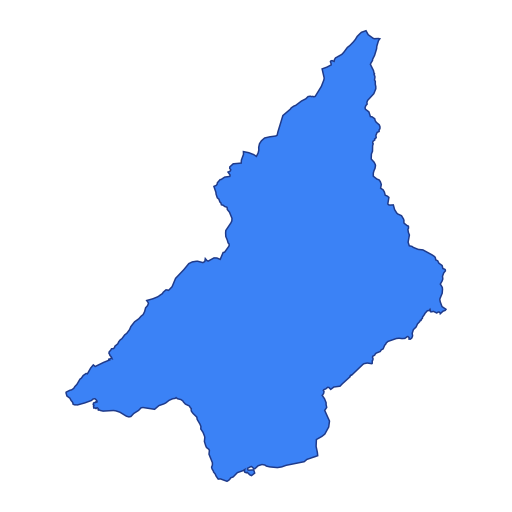 the district of Catina, Buzau, Romania
{"feature_id": "2599482B39348236200125", "entity_name": "Catina", "entity_type": "district", "adm_level": 2, "iso_a3": "ROU", "parent_name": "Romania", "parent_adm1": "Buzau", "projection": "albers", "projection_center": [26.245, 45.307], "detail": "fine", "context": "isolated", "style": "filled", "palette": "blue", "viewbox_px": 512, "rotation_deg": 0, "n_neighbors": 0, "source": "geoboundaries", "source_scale": "gbopen_adm2", "svg_char_len": 6028}
<svg xmlns="http://www.w3.org/2000/svg" viewBox="0 0 512 512"><path d="M446.0,309.3L442.0,306.6L440.3,302.0L439.8,299.7L439.9,298.8L442.2,293.2L442.5,289.4L442.3,287.4L440.3,284.1L442.1,281.0L442.8,279.0L442.5,276.2L443.8,272.8L445.4,270.9L445.3,269.8L444.7,269.2L442.9,268.6L442.1,265.5L438.8,263.1L437.7,260.8L435.8,259.9L435.3,257.7L434.7,256.7L432.1,254.9L422.9,249.9L418.2,249.4L413.3,247.4L411.9,246.4L409.3,245.8L408.1,242.2L409.4,235.0L408.4,232.5L407.9,229.4L408.5,228.2L408.5,226.6L408.0,225.8L407.2,225.7L404.1,223.2L403.8,221.9L404.0,220.9L403.6,219.2L401.5,215.7L397.6,213.9L396.8,213.1L394.6,209.6L393.3,204.9L389.8,205.1L388.6,204.8L387.8,203.9L388.9,197.4L387.3,196.1L385.2,195.2L384.4,192.1L383.1,189.8L380.6,188.2L381.3,184.5L380.3,181.6L379.1,179.9L376.8,179.0L373.3,176.2L373.3,173.1L374.0,170.6L375.0,168.4L375.5,165.6L375.3,164.6L374.1,162.2L371.2,159.0L371.4,154.0L372.5,151.2L372.6,145.7L373.2,143.8L372.8,143.4L372.7,142.3L373.1,141.2L374.8,139.9L374.6,139.0L376.2,137.7L375.9,135.4L377.1,132.4L379.1,131.5L379.1,129.8L379.9,128.8L380.0,126.9L379.3,124.9L376.3,122.3L375.2,120.7L374.7,118.7L372.0,116.8L370.4,116.6L368.9,111.9L365.5,109.3L365.0,107.9L365.8,105.6L367.1,104.2L366.9,102.3L367.6,100.4L373.8,93.7L375.8,88.8L375.8,86.6L375.3,84.2L375.3,81.3L374.5,80.0L374.9,77.4L374.9,76.5L374.1,74.5L374.1,74.1L374.5,73.8L373.9,72.7L373.5,70.6L370.4,64.4L370.9,63.1L372.5,60.5L372.6,59.3L374.6,55.3L376.6,48.7L376.8,46.2L378.5,40.6L379.8,38.8L378.3,38.5L374.2,38.7L373.0,38.2L368.2,34.7L366.0,30.7L361.4,32.3L359.6,34.0L357.2,36.4L355.4,39.4L353.4,41.9L349.9,45.5L347.4,47.4L343.7,52.4L341.8,54.4L335.5,57.9L334.5,59.5L334.1,61.4L332.0,60.6L330.9,60.9L330.4,61.6L331.1,63.7L331.2,64.9L327.0,67.1L322.1,68.9L324.2,78.1L323.8,80.1L321.4,86.3L315.2,96.4L313.8,96.8L312.9,96.4L311.6,96.6L310.2,96.2L308.0,96.6L305.8,98.8L301.5,101.0L295.7,105.4L293.8,106.1L291.2,107.9L290.3,109.2L282.9,115.5L277.9,131.9L277.2,135.1L275.8,136.0L269.8,136.8L264.6,138.0L261.4,140.8L259.5,143.7L258.7,147.3L258.8,150.1L258.1,153.1L256.4,156.4L253.7,154.6L248.8,152.7L243.4,151.6L243.5,154.3L241.4,160.1L241.2,163.1L233.2,163.8L229.8,166.9L229.7,168.3L230.8,169.8L230.2,171.1L228.0,172.1L230.1,175.0L229.8,176.4L224.7,177.1L221.1,179.5L220.1,179.6L217.4,182.7L217.1,184.3L216.2,185.4L213.9,186.4L215.9,192.3L216.1,194.2L217.3,197.8L218.9,199.2L219.9,202.0L220.9,202.9L221.4,204.8L223.1,205.2L224.7,206.5L226.9,207.2L227.2,207.8L227.3,209.5L229.5,212.2L232.0,218.4L231.8,221.0L230.9,222.9L225.8,230.5L225.6,232.9L225.8,236.5L227.3,240.1L228.1,242.9L229.1,244.0L229.2,245.3L228.7,246.5L224.6,252.2L223.1,252.5L220.2,259.4L216.9,258.0L214.0,257.9L208.2,261.1L207.0,260.6L205.3,258.6L204.8,261.5L202.9,262.6L197.5,261.2L196.0,261.3L192.3,261.9L188.8,263.6L183.8,269.7L175.6,278.3L172.1,286.7L169.0,289.9L168.2,290.4L167.1,289.9L165.9,289.9L163.2,292.3L162.4,293.6L157.7,296.8L152.8,298.8L146.7,300.5L148.2,302.6L148.4,303.5L147.5,305.7L145.6,307.8L144.6,311.6L143.1,314.6L141.1,316.2L138.9,318.7L134.6,321.8L130.9,326.5L129.5,329.7L126.8,333.3L124.7,334.9L121.9,338.7L120.3,339.8L118.7,341.8L117.8,343.8L114.9,346.2L114.5,347.6L113.4,348.6L111.5,348.8L111.0,349.8L109.1,352.0L109.0,353.5L109.7,354.4L109.9,355.4L111.3,356.9L112.0,358.6L111.0,358.2L109.8,359.1L109.0,359.0L108.8,359.4L109.5,360.0L103.6,362.4L95.2,366.5L93.3,364.9L90.7,368.0L87.4,373.8L86.1,373.5L83.2,375.5L81.4,378.1L80.0,379.1L76.9,384.4L74.9,386.5L73.7,388.4L71.7,389.8L69.8,390.3L66.2,392.1L66.0,392.8L66.9,396.0L69.9,398.2L71.1,400.5L72.2,401.7L72.9,403.0L73.0,404.1L74.4,404.8L77.6,404.9L84.8,402.9L91.4,400.5L93.1,399.0L94.9,398.7L96.4,400.0L97.0,401.0L96.6,401.2L96.9,401.8L96.8,402.2L95.6,402.0L95.4,402.5L94.2,402.6L93.5,403.1L93.2,404.7L93.9,405.2L93.5,406.7L93.9,408.1L95.1,407.9L96.0,408.6L96.8,407.8L97.3,407.8L98.3,408.7L98.1,409.8L98.4,410.1L99.0,409.8L100.4,410.5L103.1,411.1L113.4,410.5L115.7,410.8L119.9,412.2L126.4,416.2L128.9,416.9L130.9,416.5L133.7,413.5L138.6,410.4L141.1,407.8L143.0,407.5L154.6,409.3L158.9,405.6L163.8,403.9L165.8,402.9L169.1,400.3L172.8,398.7L175.1,398.4L176.1,397.6L177.4,398.7L181.0,399.6L183.0,401.1L183.4,401.9L185.4,404.1L189.4,406.0L190.2,407.5L191.3,408.7L191.1,409.9L191.5,411.4L193.1,413.5L196.8,417.1L197.2,419.4L200.0,424.2L200.9,426.5L200.8,429.0L203.0,432.3L204.5,436.1L204.8,437.4L204.4,441.5L205.7,445.7L206.5,447.5L208.7,449.2L209.4,450.4L209.0,454.2L212.4,462.7L212.4,465.1L211.6,467.1L211.7,467.7L212.2,469.2L213.4,471.1L213.5,471.9L215.2,474.0L216.1,476.1L218.2,479.1L220.4,478.9L227.0,481.3L228.7,480.3L230.0,479.0L230.6,477.9L233.2,476.9L237.4,472.6L242.9,470.7L244.8,469.5L244.4,471.2L244.8,472.2L246.5,472.8L247.1,472.3L249.9,474.9L251.5,475.6L254.7,473.1L253.7,469.9L248.7,470.2L247.7,469.7L247.5,468.3L250.7,466.7L251.5,466.5L253.8,468.6L254.9,468.7L258.2,465.7L262.0,464.5L264.8,465.0L266.4,466.1L269.9,466.9L277.4,467.6L281.7,466.9L286.2,465.3L304.2,461.7L306.9,459.4L317.7,455.7L317.4,452.7L316.1,446.4L316.4,439.5L321.9,436.4L324.8,434.1L328.7,427.0L329.5,421.1L324.7,410.4L326.7,407.4L326.1,404.6L326.1,402.7L324.5,398.7L322.2,395.4L323.6,393.5L324.0,391.6L323.3,390.4L323.9,389.6L325.7,388.9L327.7,387.3L329.0,387.5L330.7,389.4L333.9,387.0L340.0,386.2L342.4,383.7L350.1,376.7L349.9,376.3L350.4,375.5L351.2,374.9L351.6,375.2L363.0,364.3L363.9,363.7L367.2,363.0L371.8,363.7L372.2,363.4L372.3,360.7L372.9,359.9L373.0,358.5L372.5,357.4L372.7,356.3L374.7,355.1L375.1,354.2L376.2,353.1L380.2,351.5L381.3,349.8L383.1,348.9L384.7,345.2L385.6,344.3L386.3,342.9L388.0,341.4L396.4,338.5L399.1,338.2L402.0,338.6L404.9,338.4L407.3,336.6L407.9,336.5L409.1,337.6L409.0,339.1L410.3,339.2L411.7,338.1L412.2,337.0L412.6,335.8L412.2,333.3L413.4,329.6L416.1,327.0L417.5,323.9L419.7,321.6L420.3,320.4L421.0,320.4L421.4,319.3L422.4,318.3L422.5,317.1L424.6,314.3L424.6,313.8L427.4,310.7L429.1,310.5L430.0,309.3L430.4,310.5L430.2,311.1L430.9,311.9L433.6,311.4L436.7,313.0L438.1,312.1L439.1,312.0L440.2,313.0L440.3,313.7L443.0,311.2L445.2,310.4L446.0,309.3Z" fill="#3b82f6" stroke="#1e3a8a" stroke-width="1.5"/></svg>